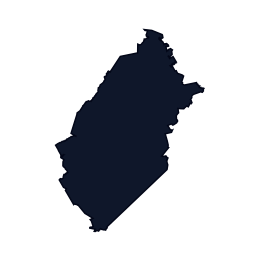 Matamata-Piako District, Waikato, New Zealand, rotated 240°
{"feature_id": "76426892B60758051011646", "entity_name": "Matamata-Piako District", "entity_type": "district", "adm_level": 2, "iso_a3": "NZL", "parent_name": "New Zealand", "parent_adm1": "Waikato", "projection": "natural_earth1", "projection_center": [175.706, -37.685], "detail": "fine", "context": "isolated", "style": "filled", "palette": "ink", "viewbox_px": 256, "rotation_deg": 240, "n_neighbors": 0, "source": "geoboundaries", "source_scale": "gbopen_adm2", "svg_char_len": 5651}
<svg xmlns="http://www.w3.org/2000/svg" viewBox="0 0 256 256"><g transform="rotate(240 128 128)"><path d="M55.4,47.1L54.8,47.9L54.7,48.2L54.7,48.5L55.1,48.8L55.0,49.4L54.3,50.3L53.6,50.8L53.7,51.0L53.6,51.3L54.0,51.5L54.1,52.0L53.9,52.4L54.0,52.9L54.4,53.2L54.4,53.5L54.5,54.0L53.6,54.4L53.6,54.6L53.1,54.8L52.7,55.3L52.7,55.5L52.2,55.7L51.8,56.3L51.8,56.7L51.5,56.8L51.1,57.3L50.9,57.4L51.0,57.7L50.9,57.9L51.4,58.4L51.8,59.4L51.9,59.9L52.2,60.2L53.0,60.5L72.5,141.0L76.2,144.0L78.8,144.6L79.4,144.9L80.4,145.0L80.7,145.2L80.9,145.6L80.7,145.9L81.2,146.3L81.5,147.0L82.2,147.6L83.3,146.7L83.3,146.4L84.0,146.4L84.2,147.1L84.4,147.1L84.9,146.7L84.9,146.4L85.2,146.1L85.1,145.3L85.7,144.8L85.9,144.0L86.1,143.7L86.5,143.6L86.8,143.2L90.7,153.3L91.1,152.9L93.3,154.3L97.2,155.5L104.4,157.3L102.5,163.5L103.9,165.4L103.9,165.1L104.2,165.0L104.4,164.5L104.9,164.4L105.2,163.8L110.3,163.6L109.9,167.4L109.6,167.6L109.4,168.1L108.4,168.0L108.2,168.2L108.0,168.8L108.2,172.6L109.2,174.4L110.2,174.7L111.2,174.3L114.6,176.0L115.5,178.0L115.9,179.4L119.9,181.0L116.8,185.8L116.8,186.0L117.0,186.0L117.2,186.4L117.1,186.8L117.7,189.9L116.2,190.8L117.6,193.0L118.4,193.6L117.5,194.8L117.9,195.1L117.8,195.6L117.9,196.0L120.7,196.5L121.0,196.4L121.5,196.4L121.8,197.2L121.9,197.4L122.0,197.8L122.5,198.5L123.7,199.1L124.3,200.3L124.3,202.2L123.0,209.2L122.5,209.5L121.8,210.2L122.4,211.8L123.9,212.5L124.0,212.7L124.2,213.5L124.5,213.5L125.3,212.6L125.5,211.7L126.2,211.2L126.5,211.2L126.6,211.3L126.9,210.7L127.1,210.6L127.4,210.0L128.1,210.2L128.5,211.0L128.9,210.4L129.3,210.5L129.5,210.4L129.8,210.5L130.4,209.9L131.3,210.2L131.6,209.5L133.1,210.0L137.0,198.3L138.8,197.0L140.1,197.9L140.9,197.3L145.2,202.1L146.1,201.6L146.3,201.7L147.0,201.3L150.6,198.2L153.5,198.4L153.7,197.5L153.9,197.2L159.2,197.3L159.0,196.4L159.2,196.0L159.4,195.8L160.8,195.6L160.6,196.2L160.5,197.1L160.4,197.3L160.2,197.3L160.2,197.6L160.4,197.8L160.6,197.7L160.9,197.3L161.2,197.5L160.9,197.8L161.0,198.0L161.3,198.0L161.2,198.4L161.3,198.7L161.1,198.6L160.4,198.7L160.3,198.8L160.1,199.2L160.0,199.3L160.1,199.9L160.5,199.8L160.7,200.1L160.7,200.3L160.6,200.5L161.0,200.7L160.7,201.0L160.6,201.5L160.9,201.3L161.1,201.5L161.3,202.0L161.1,202.5L161.7,202.4L161.5,202.8L167.3,202.7L167.3,198.8L170.0,198.7L170.1,198.9L168.6,199.7L169.2,200.9L169.2,201.4L169.5,202.0L169.4,202.3L169.8,203.1L170.4,203.3L172.4,204.1L173.0,204.7L173.4,205.5L175.5,204.5L175.6,203.1L175.7,202.8L175.4,201.7L175.6,201.6L175.7,201.3L175.4,201.2L175.5,201.1L175.4,201.0L175.5,200.8L175.2,200.7L175.1,200.0L179.6,201.6L178.8,203.1L178.7,203.5L178.6,204.0L179.2,204.1L179.3,204.3L179.7,204.3L179.7,204.2L180.0,204.3L180.6,203.9L181.0,204.0L181.8,203.6L181.7,203.3L181.9,202.5L182.2,202.6L182.8,201.2L182.5,200.9L185.2,201.2L186.0,200.6L186.7,200.8L187.0,200.5L187.2,200.8L187.7,200.8L187.8,200.6L187.5,200.3L187.7,200.2L187.8,199.8L188.0,199.8L188.3,199.6L188.9,199.8L189.1,199.7L189.2,199.4L189.3,199.3L189.7,199.4L190.6,200.0L190.7,200.5L189.7,200.8L189.3,201.0L188.8,201.0L188.7,201.1L189.0,201.5L189.0,202.0L189.1,202.9L188.9,203.0L188.8,202.9L188.7,202.9L188.8,203.4L191.3,204.3L191.8,204.3L200.6,197.4L205.1,191.3L204.0,191.5L202.6,193.3L202.3,193.4L201.1,192.1L200.4,191.4L199.9,190.8L199.8,190.5L199.2,190.4L198.9,190.0L198.5,189.9L197.7,190.1L197.6,190.3L197.6,190.6L197.2,190.8L196.8,191.3L196.4,191.2L196.3,190.9L196.0,190.8L196.4,188.4L196.1,187.4L196.0,187.2L196.9,186.6L194.8,184.5L194.5,182.9L193.8,181.5L193.9,179.9L194.6,179.2L195.7,178.4L188.2,173.9L193.8,157.1L185.4,140.4L186.6,139.8L186.1,139.5L186.2,138.9L186.7,138.6L185.6,138.0L185.9,137.8L186.1,137.2L185.8,136.5L185.3,136.2L184.6,136.3L184.1,135.6L184.0,134.5L184.1,134.2L184.2,133.5L184.0,133.0L181.4,132.5L181.2,131.9L181.0,131.6L180.6,130.5L180.1,130.2L179.5,128.3L179.2,125.5L177.6,123.8L177.7,122.5L175.4,120.7L174.3,120.5L173.3,117.2L172.6,116.2L172.4,116.2L172.5,115.7L172.4,115.4L172.0,114.5L171.4,114.1L171.6,113.0L171.4,112.9L171.4,112.5L171.2,112.3L170.6,112.0L170.5,110.9L170.2,110.5L170.0,110.3L169.9,109.9L169.6,109.4L170.1,109.2L170.0,108.6L170.2,108.2L170.3,108.2L170.4,107.9L171.4,107.2L171.3,106.7L171.2,106.5L171.4,105.5L171.6,105.3L171.5,105.0L171.6,104.9L171.2,104.6L171.3,104.3L171.2,104.2L171.2,103.8L171.0,103.7L170.9,103.0L170.5,102.7L170.4,102.3L170.4,102.1L170.1,101.7L170.1,101.2L169.8,100.6L169.8,100.0L169.4,99.8L166.9,95.0L166.5,91.5L165.1,90.4L151.8,76.0L146.3,79.2L148.9,77.1L148.5,76.4L148.4,75.9L148.5,75.1L149.0,74.5L149.0,74.3L148.8,73.9L148.7,72.9L148.9,71.8L148.7,71.4L148.7,70.9L148.7,70.3L148.8,70.1L148.6,70.1L148.6,69.9L148.7,69.5L148.4,69.2L148.6,69.0L148.3,68.5L148.5,68.2L148.3,67.6L148.6,67.4L148.4,67.1L148.5,66.8L148.3,66.8L148.2,66.5L148.6,66.2L148.4,66.0L148.8,65.6L148.7,65.2L148.8,64.9L149.3,64.3L148.9,62.8L149.2,62.3L149.4,61.8L149.5,59.4L149.3,56.7L143.5,56.7L143.3,56.5L138.3,56.5L136.7,55.5L137.1,58.5L136.8,58.4L136.7,58.7L135.6,55.2L132.7,56.7L131.2,54.8L127.9,52.8L127.0,52.7L124.6,53.6L123.9,53.3L121.3,54.0L120.5,53.6L119.6,53.7L119.5,53.4L119.4,52.9L119.3,52.4L119.8,52.2L119.7,51.4L119.5,51.1L119.0,50.9L118.9,50.5L119.0,50.3L119.6,49.9L119.8,49.5L119.7,49.2L118.3,47.7L117.5,47.2L117.0,47.1L116.9,45.0L117.1,44.7L117.7,44.6L117.8,44.4L117.8,43.2L117.6,42.9L117.4,42.5L108.9,42.5L106.2,44.2L105.2,42.6L89.4,42.7L89.2,42.9L88.9,42.8L89.0,43.3L88.8,43.8L88.3,44.2L87.7,45.0L86.9,45.6L86.5,45.7L86.4,46.0L86.5,46.2L75.6,48.0L72.4,49.8L72.2,50.1L71.8,50.1L67.3,52.5L67.6,49.5L65.7,49.8L60.0,48.6L60.1,48.1L60.2,47.9L60.2,47.5L60.2,47.1L60.7,46.4L60.8,46.1L61.0,45.6L60.7,44.7L60.8,44.4L56.7,49.0L55.4,47.1Z" fill="#0f172a" stroke="#020617" stroke-width="1.5"/></g></svg>